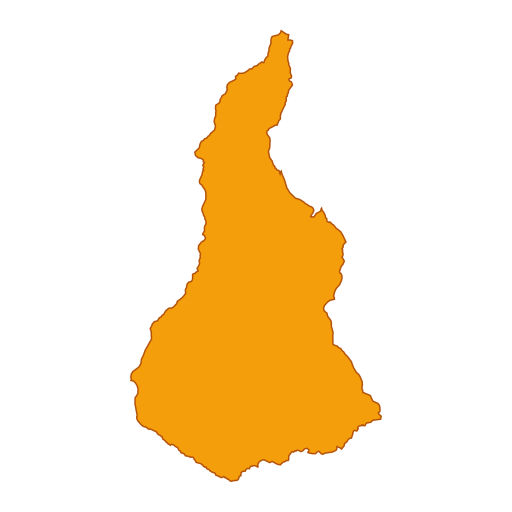 Tuquerres, Nariño, Colombia (Mercator projection)
{"feature_id": "7082276B96517824635471", "entity_name": "Tuquerres", "entity_type": "district", "adm_level": 2, "iso_a3": "COL", "parent_name": "Colombia", "parent_adm1": "Nariño", "projection": "mercator", "projection_center": [-77.634, 1.163], "detail": "fine", "context": "isolated", "style": "filled", "palette": "amber", "viewbox_px": 512, "rotation_deg": 0, "n_neighbors": 0, "source": "geoboundaries", "source_scale": "gbopen_adm2", "svg_char_len": 6065}
<svg xmlns="http://www.w3.org/2000/svg" viewBox="0 0 512 512"><path d="M345.9,241.9L342.6,234.9L340.5,231.5L336.1,228.2L333.6,225.0L332.2,224.2L330.2,222.1L329.7,221.9L328.8,222.4L327.3,221.5L326.9,220.8L326.7,218.5L325.5,217.5L325.2,215.4L323.6,212.1L322.2,210.6L321.6,208.2L321.1,208.9L321.0,210.0L320.0,211.6L316.3,213.4L313.9,217.0L310.7,216.8L310.9,215.7L312.8,213.0L313.7,210.8L313.7,209.6L312.7,207.8L311.4,206.8L308.4,205.7L307.5,204.6L305.6,203.8L303.8,202.1L300.3,199.8L296.8,198.5L295.6,198.4L289.8,192.7L286.9,188.0L284.3,179.4L281.9,173.9L281.2,171.1L280.6,171.7L280.1,173.8L279.2,170.9L278.4,170.3L276.8,169.9L275.9,168.3L275.0,168.0L274.8,166.3L273.3,164.9L272.1,161.0L270.0,158.1L269.5,156.8L268.4,151.3L269.7,148.0L270.1,140.2L269.7,137.8L267.4,134.7L266.8,133.2L266.8,132.0L267.1,130.9L268.4,130.1L268.9,128.7L275.7,125.0L277.1,125.1L278.8,120.7L280.1,119.3L280.5,118.0L280.2,115.8L280.8,114.9L280.6,113.3L281.4,112.7L282.4,110.0L285.1,104.7L285.3,102.4L286.3,100.9L286.2,97.1L287.4,96.1L287.3,94.4L288.1,93.4L288.7,90.2L292.5,85.0L291.4,82.0L289.5,80.9L288.8,79.6L289.3,78.6L291.2,78.0L291.6,76.1L290.4,73.2L290.2,70.2L290.5,68.7L288.7,64.6L288.8,63.1L287.9,60.8L287.6,56.5L288.6,52.6L289.6,50.6L289.7,48.9L290.6,48.1L290.8,46.6L292.6,43.3L292.5,40.7L290.1,40.0L287.9,40.0L288.7,34.6L286.7,34.4L281.2,30.7L280.5,32.8L278.4,34.8L272.5,36.4L271.6,37.3L270.9,40.2L270.9,43.6L269.1,47.9L268.9,51.0L268.2,52.7L267.9,55.6L267.5,56.5L266.0,57.7L264.6,60.3L263.9,62.5L263.1,62.7L261.9,61.9L258.5,64.2L257.1,65.6L254.1,66.4L252.1,68.7L249.4,69.1L247.6,70.8L244.2,72.9L241.5,73.4L238.5,73.2L237.5,75.0L235.5,76.4L235.9,78.7L235.6,79.2L234.0,80.3L229.5,82.4L227.3,84.8L226.8,87.8L227.3,89.7L225.4,93.7L222.3,95.6L220.0,100.1L219.9,100.9L220.2,101.5L219.1,103.0L215.7,105.3L215.5,108.5L216.0,111.3L215.7,112.6L215.7,116.0L214.7,118.1L214.1,121.6L215.5,126.1L214.5,130.1L210.4,133.6L209.3,135.6L208.1,136.2L206.6,138.2L204.7,138.7L203.1,140.7L201.4,141.4L200.0,144.1L199.3,147.8L194.8,152.1L195.5,155.4L198.1,157.8L200.3,158.2L202.5,159.2L203.5,160.2L203.2,161.7L204.4,162.6L203.5,164.3L203.2,164.3L202.8,165.6L203.8,166.9L203.0,169.3L203.6,170.5L203.0,170.8L202.5,171.9L202.0,174.8L199.6,180.0L199.4,181.8L200.0,183.7L201.9,185.0L203.2,187.5L204.3,188.6L205.4,190.9L205.9,193.9L205.8,199.6L202.6,206.4L201.8,209.3L202.3,211.8L203.1,213.0L203.6,215.5L204.8,217.1L204.9,218.8L206.0,221.3L205.9,224.3L205.0,225.5L204.4,227.3L204.5,231.0L203.1,233.1L202.7,234.6L204.6,235.6L205.5,238.6L203.6,241.1L202.6,241.2L201.2,242.3L198.6,245.7L198.3,249.1L200.5,253.7L200.1,255.5L200.3,257.5L199.1,260.6L199.6,262.8L199.4,263.9L198.4,266.5L197.2,267.9L197.2,269.0L198.1,270.4L197.9,271.3L196.5,271.8L194.8,273.5L193.4,273.7L192.6,274.5L192.6,278.6L192.2,280.2L191.3,281.5L188.7,282.2L187.1,284.0L186.6,287.2L185.4,289.6L185.6,293.5L183.2,296.6L181.0,298.7L177.3,301.3L176.7,303.6L173.3,307.2L172.1,307.9L168.7,308.3L165.6,311.0L163.8,314.2L161.9,315.6L161.0,317.0L159.4,317.7L157.6,320.6L156.9,321.1L154.4,321.6L152.2,324.2L151.7,326.0L150.2,328.5L151.2,331.6L151.5,339.1L145.3,350.1L143.1,356.0L141.4,359.3L141.0,363.1L140.1,365.1L138.7,367.2L133.1,371.4L131.4,373.8L130.8,377.1L131.4,379.5L130.9,380.5L133.4,381.0L135.2,382.6L136.9,385.2L138.0,388.6L137.9,393.2L136.8,395.5L135.1,397.8L135.0,403.8L137.1,415.1L137.1,416.1L136.7,416.7L136.9,418.9L138.0,421.1L141.3,424.8L143.3,426.4L146.4,427.3L148.5,429.1L150.8,429.2L156.5,431.9L157.4,433.6L158.8,434.9L160.5,435.5L161.4,436.7L162.2,436.9L162.8,439.0L165.7,441.2L166.1,442.2L167.4,442.8L168.1,444.0L169.5,444.5L170.3,445.3L171.5,444.3L173.8,445.0L175.1,446.3L177.7,447.7L179.1,450.5L180.5,451.2L180.9,452.6L184.0,453.7L185.5,455.8L188.3,456.3L190.8,457.3L192.2,457.0L193.1,457.4L194.0,458.4L194.1,459.4L195.3,460.5L196.2,462.4L201.0,463.7L202.0,464.7L203.1,465.3L203.4,466.3L205.0,467.2L206.2,467.1L206.8,468.8L209.1,469.6L209.9,470.8L212.2,472.2L215.1,473.2L216.0,475.4L217.0,475.5L221.3,477.6L222.3,477.4L223.9,476.5L225.0,477.8L226.3,477.9L227.3,479.1L228.6,479.3L229.5,480.6L231.6,481.3L233.1,480.7L237.2,480.3L238.5,479.0L239.3,476.3L240.9,475.7L241.0,473.0L241.9,471.9L242.9,471.3L245.2,471.2L245.8,469.7L247.3,468.5L249.4,468.7L250.1,467.0L250.7,466.4L252.5,466.1L253.8,465.5L256.4,466.2L257.7,467.1L258.0,466.4L257.8,464.2L259.1,462.1L260.3,461.0L262.4,460.0L264.3,459.9L269.3,462.4L270.3,462.5L271.5,461.6L272.3,461.5L277.5,464.3L280.3,464.8L283.1,462.1L284.6,461.8L286.0,460.7L288.2,460.5L288.7,459.6L288.8,455.7L292.1,451.6L293.6,452.1L295.0,450.7L295.9,451.2L296.8,450.3L298.4,450.3L300.9,451.6L303.0,450.7L304.5,448.8L307.0,448.4L308.4,449.3L309.0,450.2L309.0,450.8L307.9,452.1L308.2,452.8L312.8,453.7L315.7,453.6L317.1,452.0L318.5,451.3L319.0,451.4L321.4,453.9L322.9,454.2L325.1,453.1L332.1,452.1L335.5,450.6L336.6,449.7L336.9,446.6L340.0,447.8L341.6,449.0L344.2,445.7L344.5,443.6L347.0,441.6L347.9,439.9L349.7,438.3L351.4,438.1L352.8,433.9L352.8,432.6L354.2,430.4L354.9,430.3L356.4,431.0L357.2,430.6L358.2,428.6L357.6,427.5L358.1,426.8L359.6,425.8L361.1,425.8L361.5,425.1L362.6,425.5L363.1,424.8L364.0,425.8L364.8,425.8L366.5,423.1L370.9,422.2L372.7,420.3L380.6,419.2L381.2,416.2L378.8,414.1L378.3,412.7L379.6,411.9L380.0,410.7L380.0,408.3L379.4,405.3L378.1,403.6L372.7,401.0L370.3,395.5L362.9,392.4L362.5,389.7L361.8,388.2L362.4,384.6L362.1,381.5L359.9,376.3L358.5,374.2L356.6,372.7L353.6,367.8L351.2,361.4L347.0,356.0L344.9,354.0L343.8,352.0L341.8,350.4L340.9,348.6L338.6,347.7L337.4,346.2L333.7,344.9L332.9,344.1L332.8,335.1L333.1,332.5L331.4,326.6L331.3,321.9L330.5,320.0L327.7,316.4L326.9,313.1L324.4,311.1L323.7,309.4L323.6,308.1L324.5,305.5L327.2,302.4L330.0,300.3L334.4,299.3L334.4,297.8L333.7,296.4L333.7,295.6L334.8,291.3L336.2,288.5L339.6,284.7L341.3,280.9L341.9,278.7L341.9,275.6L341.2,273.8L339.8,272.7L339.5,271.4L341.2,266.4L343.0,264.2L344.2,261.4L344.0,260.4L342.0,257.2L342.8,255.7L343.0,254.7L342.9,252.9L342.4,251.5L342.7,250.1L341.9,248.7L342.8,247.8L343.2,246.6L343.0,245.6L343.7,244.2L344.6,243.7L345.3,242.0L345.9,241.9Z" fill="#f59e0b" stroke="#b45309" stroke-width="1.5"/></svg>